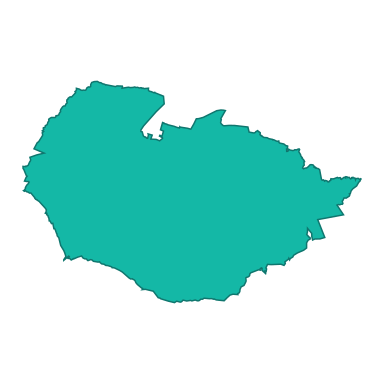 Tlajomulco de Zúñiga, Jalisco, Mexico
{"feature_id": "50627088B44969093243070", "entity_name": "Tlajomulco de Zúñiga", "entity_type": "district", "adm_level": 2, "iso_a3": "MEX", "parent_name": "Mexico", "parent_adm1": "Jalisco", "projection": "mercator", "projection_center": [-103.397, 20.482], "detail": "fine", "context": "isolated", "style": "filled", "palette": "teal", "viewbox_px": 384, "rotation_deg": 0, "n_neighbors": 0, "source": "geoboundaries", "source_scale": "gbopen_adm2", "svg_char_len": 5899}
<svg xmlns="http://www.w3.org/2000/svg" viewBox="0 0 384 384"><path d="M74.0,258.8L77.8,257.1L81.6,256.0L82.9,257.9L84.6,258.8L86.6,259.0L87.5,260.4L88.0,260.6L90.7,259.6L91.9,259.9L93.4,261.3L98.1,262.1L99.6,261.8L100.1,262.6L101.7,263.9L104.0,264.2L105.7,265.4L107.9,265.6L111.6,266.8L112.1,267.7L114.2,267.8L119.8,270.5L122.4,272.1L129.1,278.0L130.7,279.0L132.5,278.8L133.0,279.4L134.3,279.9L135.2,281.0L135.9,282.7L137.4,284.5L141.8,288.2L142.6,288.4L142.9,289.0L142.3,289.6L145.4,289.3L153.3,291.2L158.2,297.7L160.2,298.2L160.5,298.7L168.2,301.1L174.5,302.6L176.7,301.2L180.2,302.1L181.0,302.0L181.8,301.5L183.1,300.1L186.7,301.0L190.5,300.4L191.9,300.9L195.2,300.0L197.3,300.8L198.5,300.8L199.5,300.4L200.8,299.2L202.6,299.2L204.1,298.2L209.3,298.7L211.5,298.6L213.6,299.2L214.0,299.0L216.3,299.9L224.7,300.8L224.1,300.4L225.1,299.9L225.6,299.1L226.1,298.9L226.6,298.2L230.0,295.1L233.0,294.2L237.9,294.6L237.7,293.6L239.2,292.8L239.8,291.5L240.0,289.5L241.1,286.9L244.0,285.4L245.6,282.3L246.1,281.0L245.8,277.9L246.2,277.5L248.3,276.8L249.0,276.3L249.6,275.6L249.9,273.7L250.8,272.8L258.5,269.8L260.2,270.1L260.1,268.9L261.3,267.9L262.1,268.3L261.8,269.9L262.1,270.4L265.6,273.6L265.8,272.8L264.7,272.0L265.0,270.9L266.2,271.2L266.6,268.9L265.9,267.9L267.5,264.4L271.3,264.6L280.8,264.2L284.0,265.4L285.3,263.6L284.9,261.9L288.5,259.1L288.8,258.3L289.6,259.9L290.2,258.6L292.8,257.0L293.6,255.3L297.5,252.9L303.7,250.2L306.6,248.0L306.6,242.8L308.2,240.1L310.1,239.1L310.2,238.0L309.6,237.2L308.6,236.9L308.0,235.8L306.8,234.6L307.5,231.6L307.5,228.3L311.7,233.4L311.8,236.5L312.6,240.0L314.9,239.0L320.0,238.9L324.8,237.5L317.7,219.6L343.5,214.8L337.0,205.1L338.3,204.5L339.8,204.8L341.1,204.2L342.2,204.3L342.6,204.0L342.9,203.5L342.2,201.2L343.0,200.3L344.0,198.0L346.2,198.1L349.3,196.1L349.8,194.9L349.4,193.8L350.3,193.6L351.0,191.2L351.5,190.4L352.8,188.8L356.6,186.0L358.7,182.3L360.0,181.1L360.0,180.7L361.0,179.0L360.7,178.7L359.5,179.4L358.4,178.4L357.2,178.4L355.7,178.8L355.5,179.6L355.0,178.2L354.7,178.3L354.2,177.9L352.6,177.9L352.7,177.4L351.6,177.6L351.5,178.0L351.8,178.2L350.7,178.9L350.1,178.5L349.1,177.3L347.3,177.6L347.1,176.9L345.8,176.7L344.9,177.2L345.1,177.7L344.4,177.3L343.9,177.4L341.3,179.4L340.9,179.2L340.6,177.9L340.2,177.6L338.2,178.0L337.4,177.4L333.7,178.8L331.8,178.9L331.0,178.7L330.7,179.1L330.7,180.4L329.3,181.0L329.1,181.7L328.5,181.9L327.8,181.8L327.0,180.9L325.4,180.5L324.6,181.1L323.6,179.9L322.2,180.2L321.4,179.0L319.6,169.6L318.0,168.5L315.9,168.2L316.0,167.6L315.0,167.0L315.0,167.6L314.8,167.6L314.7,166.9L313.9,166.9L314.1,166.2L313.0,164.9L310.9,164.6L309.9,164.9L308.4,166.6L306.6,168.0L305.1,168.1L303.5,168.8L302.6,168.0L303.5,165.7L304.2,165.2L303.9,162.2L304.6,161.7L303.7,159.9L301.9,158.0L302.2,157.6L300.9,156.1L300.5,154.5L298.9,151.9L298.9,151.0L299.6,149.7L299.3,149.0L298.3,149.0L296.4,149.9L294.8,149.7L294.2,150.2L293.0,150.6L290.2,150.1L289.2,149.5L288.3,150.3L287.8,151.3L286.7,151.4L286.6,149.0L287.6,149.1L288.0,148.9L287.4,147.5L287.7,146.1L286.8,145.7L286.1,145.8L283.9,144.0L279.5,143.0L278.8,142.1L278.9,141.1L278.4,141.0L277.1,141.4L273.6,139.7L272.8,139.9L272.5,139.4L269.0,138.7L267.1,137.7L263.6,137.4L263.3,137.0L262.0,136.4L262.0,135.9L260.7,135.5L260.7,135.0L259.9,134.6L260.3,133.1L260.2,132.7L258.8,131.6L258.5,131.7L257.7,130.6L255.9,131.6L255.2,132.5L254.0,133.0L249.1,132.1L247.9,127.0L234.6,125.5L229.1,125.4L224.0,125.8L222.9,125.4L221.0,123.5L220.6,122.5L221.3,119.5L220.8,118.7L225.4,110.6L223.7,110.2L220.9,110.0L216.7,110.7L203.2,117.4L198.7,118.6L196.3,118.8L193.8,124.0L190.8,129.2L187.7,128.3L180.1,127.1L179.8,126.8L179.5,128.0L177.0,127.4L174.1,126.3L167.2,124.6L167.0,124.2L164.0,123.5L164.1,123.1L162.6,122.5L160.5,129.8L163.5,131.1L161.9,136.3L159.9,135.3L159.5,136.1L162.4,137.7L162.5,138.5L159.6,140.8L156.2,139.4L150.8,139.1L152.2,135.1L148.1,133.9L148.4,135.1L147.6,138.3L146.7,138.2L145.6,137.0L145.1,137.2L143.4,136.0L142.2,131.8L140.9,131.5L140.9,130.0L143.6,125.9L156.2,111.7L164.2,103.9L163.5,96.2L154.8,92.7L154.7,92.4L154.0,92.8L151.2,91.6L149.3,91.2L148.4,90.1L148.5,88.2L144.0,88.6L143.2,88.1L142.1,88.4L141.9,87.9L140.9,87.7L139.3,88.0L137.6,87.3L135.8,87.5L135.2,87.1L134.4,87.0L133.3,87.4L130.4,87.6L128.4,87.2L122.1,88.2L122.5,86.6L122.3,86.1L117.0,85.9L115.5,86.6L106.3,84.8L105.6,85.0L104.8,84.3L102.4,83.7L100.9,82.7L99.4,82.6L97.4,81.4L94.2,81.6L91.7,82.5L90.7,84.5L90.6,86.6L89.4,87.1L88.4,86.9L87.4,87.5L86.8,88.0L86.1,89.7L85.3,90.3L83.2,90.1L82.2,90.4L80.6,90.0L79.6,89.2L76.4,88.3L76.4,90.0L76.0,90.8L75.0,91.5L75.6,92.7L71.7,96.9L70.1,96.9L69.5,97.2L68.0,98.4L68.0,99.1L66.9,99.9L66.8,101.6L67.2,102.8L65.8,104.2L65.2,105.9L63.7,106.0L62.6,106.8L60.8,109.4L60.3,110.9L60.6,111.7L59.3,113.3L58.8,114.9L57.3,115.6L56.0,115.7L55.9,116.6L55.1,117.5L51.3,117.5L49.1,118.8L48.7,119.4L48.9,120.9L47.9,122.2L47.2,124.6L45.3,125.7L45.2,126.9L44.8,127.4L43.5,127.7L43.2,128.1L43.8,129.5L42.3,130.8L43.6,131.5L42.2,132.8L42.7,134.8L42.4,135.8L38.6,141.8L37.3,142.6L36.9,143.3L34.0,148.8L44.1,153.1L36.8,154.9L29.9,157.3L30.7,159.9L30.2,161.3L29.6,162.0L28.2,165.3L27.0,166.0L25.7,166.2L25.7,166.6L23.0,166.4L23.1,168.6L23.7,169.2L26.5,176.0L27.1,176.2L26.0,177.6L24.5,181.1L27.2,181.6L28.4,181.5L29.1,182.1L28.3,183.6L26.7,185.2L25.4,187.6L25.4,188.6L24.0,190.5L23.6,190.6L24.3,191.3L25.5,190.8L26.7,191.8L27.8,192.0L29.6,193.1L30.9,193.0L34.9,197.9L34.8,198.2L35.7,199.3L36.8,199.6L36.8,199.9L39.1,201.4L45.2,208.1L46.3,209.7L46.1,211.8L45.3,213.2L45.9,213.4L46.3,213.0L46.9,213.3L46.7,214.7L48.0,215.6L48.1,216.6L48.9,218.2L49.2,220.9L50.0,221.0L51.5,223.6L52.8,223.3L53.9,228.7L54.6,228.6L55.2,229.6L56.7,233.8L57.0,233.9L57.2,235.8L58.8,237.7L60.7,245.5L63.8,250.6L64.7,252.8L65.9,256.5L63.8,259.6L63.8,260.3L68.7,256.1L69.3,256.6L68.2,258.4L69.9,258.6L71.2,260.0L72.8,259.2L73.1,258.7L73.9,258.5L74.0,258.8Z" fill="#14b8a6" stroke="#0f766e" stroke-width="1.5"/></svg>